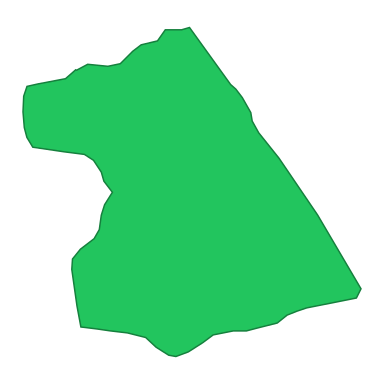 outline of Yangyang-gun, Gangwon, South Korea
{"feature_id": "91817680B9940099959324", "entity_name": "Yangyang-gun", "entity_type": "district", "adm_level": 2, "iso_a3": "KOR", "parent_name": "South Korea", "parent_adm1": "Gangwon", "projection": "albers", "projection_center": [128.559, 38.003], "detail": "fine", "context": "isolated", "style": "filled", "palette": "green", "viewbox_px": 384, "rotation_deg": 0, "n_neighbors": 0, "source": "geoboundaries", "source_scale": "gbopen_adm2", "svg_char_len": 845}
<svg xmlns="http://www.w3.org/2000/svg" viewBox="0 0 384 384"><path d="M75.7,69.8L65.5,78.7L38.1,83.9L27.0,86.4L23.7,96.2L23.0,111.9L24.3,127.6L26.9,137.4L32.8,147.2L64.1,151.8L84.4,154.4L93.5,160.3L101.3,172.1L103.9,181.2L112.4,192.3L104.6,204.7L101.3,215.2L99.3,229.6L94.1,238.7L80.4,249.2L72.5,259.0L71.8,269.4L77.0,306.1L80.9,327.0L85.3,327.5L97.3,329.0L110.4,330.9L127.4,332.9L145.7,337.5L156.2,347.3L168.7,355.2L175.9,356.5L188.3,351.9L202.7,342.7L213.2,334.9L233.4,330.9L246.5,330.9L256.3,328.3L277.3,323.0L287.1,315.1L296.9,311.2L306.7,307.9L356.4,298.0L361.0,288.8L317.6,215.0L279.0,158.2L258.7,132.8L252.2,121.1L250.8,112.6L242.3,97.6L235.8,89.1L230.6,84.5L189.5,27.5L181.6,29.8L165.3,29.8L157.5,40.9L141.2,44.8L132.7,51.3L120.3,63.7L107.9,66.3L87.7,64.3L76.6,70.2L75.7,69.8Z" fill="#22c55e" stroke="#15803d" stroke-width="1.5"/></svg>